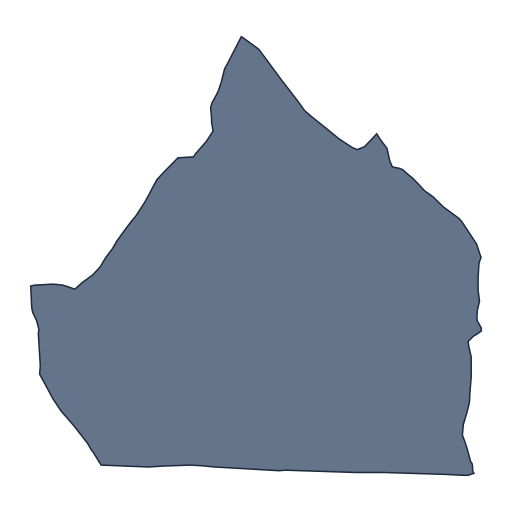 Al-Daur, Sala ad-Din, Iraq (Equal Earth projection)
{"feature_id": "34846034B11462984737824", "entity_name": "Al-Daur", "entity_type": "district", "adm_level": 2, "iso_a3": "IRQ", "parent_name": "Iraq", "parent_adm1": "Sala ad-Din", "projection": "equal_earth", "projection_center": [44.202, 34.56], "detail": "fine", "context": "isolated", "style": "filled", "palette": "slate", "viewbox_px": 512, "rotation_deg": 0, "n_neighbors": 0, "source": "geoboundaries", "source_scale": "gbopen_adm2", "svg_char_len": 1729}
<svg xmlns="http://www.w3.org/2000/svg" viewBox="0 0 512 512"><path d="M376.7,133.8L374.2,136.6L364.4,146.8L357.1,149.6L352.0,147.4L339.1,138.9L325.9,128.1L311.8,116.8L304.5,110.5L298.1,101.5L297.2,100.3L282.3,81.1L266.6,59.8L258.8,49.3L242.6,37.4L241.3,36.7L227.4,63.8L224.6,68.8L221.1,82.7L218.3,91.0L214.8,97.9L212.4,102.0L210.7,107.1L210.7,108.9L211.4,115.8L211.7,123.2L213.1,131.0L206.5,141.2L196.0,153.2L193.3,156.9L186.0,157.3L178.0,157.8L164.4,171.6L157.1,179.4L154.7,183.6L148.4,195.6L144.6,202.5L135.9,215.9L130.6,222.3L124.0,231.1L116.7,241.2L112.5,248.6L105.5,257.8L100.7,266.1L97.5,269.8L92.7,274.9L81.9,282.8L74.9,289.2L66.9,286.4L62.7,285.1L53.0,284.1L44.6,284.6L34.9,285.1L30.7,286.0L31.1,294.3L31.7,307.7L32.8,312.7L36.6,320.6L39.0,329.8L38.3,333.1L40.3,365.8L39.6,374.1L47.9,389.4L52.8,398.6L61.1,411.1L74.0,425.9L87.6,443.4L91.0,449.4L93.5,452.7L101.1,465.1L149.2,467.0L162.4,466.1L189.9,465.1L199.7,465.6L215.0,467.0L246.4,468.8L278.7,470.7L285.7,470.2L356.1,472.5L384.3,472.5L416.3,473.5L445.6,474.4L463.3,475.3L468.2,475.3L474.0,473.3L472.6,470.9L472.6,467.4L472.2,463.9L470.4,461.0L469.5,457.4L467.8,451.0L466.4,446.3L464.2,439.9L462.4,435.2L463.3,424.7L466.8,412.9L468.6,405.9L469.5,401.8L469.9,393.0L471.2,377.2L471.2,366.1L471.2,356.8L469.0,347.4L468.1,341.5L473.3,336.3L477.3,333.9L481.3,331.0L481.3,328.1L479.5,324.6L477.3,321.1L476.9,317.6L477.3,310.5L479.5,301.2L478.1,290.1L478.1,284.2L478.1,277.2L479.0,263.2L481.1,257.2L479.9,254.3L479.0,251.4L476.5,243.9L462.2,222.2L459.1,218.5L443.4,207.0L433.0,196.8L424.6,190.8L418.7,184.4L412.4,177.9L408.9,175.2L402.7,169.6L399.2,168.3L392.3,166.9L389.8,160.9L387.0,148.4L381.1,140.6L376.7,133.8Z" fill="#64748b" stroke="#1e293b" stroke-width="1.5"/></svg>